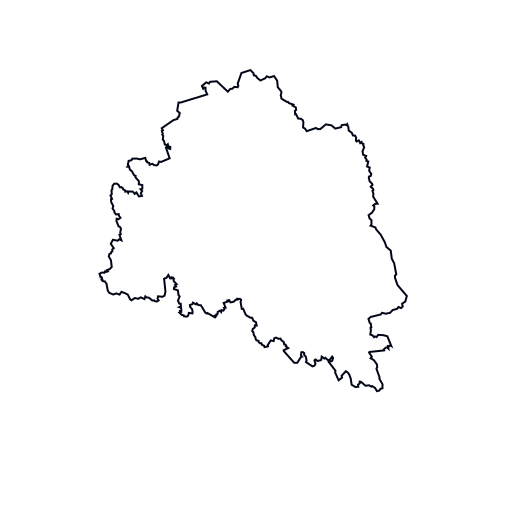 the district of North Burnett, Queensland, Australia, rotated 152°
{"feature_id": "25037944B97560087028013", "entity_name": "North Burnett", "entity_type": "district", "adm_level": 2, "iso_a3": "AUS", "parent_name": "Australia", "parent_adm1": "Queensland", "projection": "equal_earth", "projection_center": [151.493, -25.244], "detail": "fine", "context": "isolated", "style": "outline", "palette": "ink", "viewbox_px": 512, "rotation_deg": 152, "n_neighbors": 0, "source": "geoboundaries", "source_scale": "gbopen_adm2", "svg_char_len": 6146}
<svg xmlns="http://www.w3.org/2000/svg" viewBox="0 0 512 512"><g transform="rotate(152 256 256)"><path d="M118.9,331.3L120.4,329.8L126.2,331.3L128.0,335.9L132.5,339.4L139.6,337.9L141.9,339.0L142.9,340.9L152.6,342.4L152.9,345.4L154.1,347.4L151.4,351.8L150.9,353.9L151.9,356.1L154.2,357.5L154.1,362.6L154.9,362.8L153.5,365.9L152.0,366.1L151.1,368.5L153.1,371.6L151.9,372.1L155.2,375.6L155.4,377.0L156.5,377.7L159.6,382.9L158.7,386.3L156.7,388.5L156.5,389.8L157.5,394.9L155.0,400.9L155.6,406.4L160.2,407.3L162.1,409.6L164.4,408.6L169.7,408.9L171.2,412.4L171.6,415.3L173.1,416.6L172.4,418.6L173.7,422.8L183.0,424.4L191.3,416.7L191.7,414.5L192.9,413.6L195.8,415.5L198.4,414.8L200.3,415.6L203.7,414.3L208.6,428.7L214.9,431.4L216.6,430.4L218.4,432.7L223.9,431.5L224.1,428.5L222.6,429.1L221.6,428.3L222.9,425.7L223.2,421.6L250.6,426.9L252.3,427.9L257.4,421.3L256.2,418.0L258.7,415.2L260.0,415.2L261.0,414.0L265.2,414.7L279.2,413.1L279.2,410.7L280.4,410.7L280.9,407.8L281.8,407.2L281.5,405.6L283.7,402.5L283.2,401.0L284.1,397.3L283.0,395.8L281.4,396.1L282.0,394.1L280.5,392.5L281.5,390.8L282.5,391.7L283.3,394.2L284.6,394.1L286.4,382.8L295.6,383.6L297.2,384.9L299.5,382.9L301.2,382.6L303.2,384.0L304.3,386.1L307.1,386.5L306.6,388.3L308.1,389.8L307.8,390.7L308.4,391.4L307.7,394.6L313.0,395.8L315.8,398.2L319.6,400.0L321.0,399.0L323.8,399.8L326.2,396.9L326.1,395.9L327.5,395.2L326.1,394.5L326.8,391.4L325.8,389.4L325.7,384.6L324.7,383.2L325.5,382.2L324.3,376.9L325.8,374.4L323.1,372.0L324.7,368.9L326.6,369.2L326.0,366.8L328.2,365.5L328.5,362.6L331.4,363.6L331.8,368.3L333.9,367.8L334.6,370.7L338.0,372.7L339.2,371.8L339.2,373.4L341.2,374.2L340.7,375.2L342.0,377.2L341.7,378.2L342.5,380.0L343.9,380.5L344.0,383.5L344.8,385.1L347.2,386.4L349.6,385.4L351.5,382.5L352.7,381.9L354.4,378.2L356.1,377.7L356.3,374.0L357.4,374.2L358.5,371.7L358.6,367.0L360.3,365.4L360.0,362.5L360.5,360.6L360.0,358.3L357.6,357.5L358.1,355.6L357.8,353.3L360.2,353.0L361.5,354.3L362.8,352.5L363.4,346.8L362.4,345.3L362.4,343.5L364.8,340.5L365.3,338.7L366.6,338.9L367.5,333.1L368.9,335.0L370.9,334.4L374.7,337.5L378.5,334.9L377.9,329.7L379.9,329.2L380.7,327.5L382.3,327.3L382.9,326.4L384.5,326.6L386.2,324.7L386.1,320.3L388.5,314.1L391.4,313.1L394.1,313.5L394.0,312.0L395.9,312.3L396.4,313.3L397.8,312.4L399.6,313.7L402.5,313.8L403.2,310.2L402.3,310.0L402.7,307.2L403.5,307.3L403.1,305.8L401.3,304.4L401.1,301.4L403.1,295.1L402.9,292.4L400.1,289.0L397.0,288.6L394.6,286.0L391.6,287.5L388.9,284.4L387.3,282.0L387.5,277.0L386.7,275.3L382.7,275.8L380.1,273.5L377.2,273.6L374.7,270.4L372.7,272.3L372.2,270.9L370.1,269.4L368.4,265.3L366.7,264.6L366.5,263.6L364.8,262.3L362.8,262.5L362.9,264.7L361.4,266.4L357.8,263.9L355.4,263.9L352.7,267.0L347.8,279.1L345.2,278.8L342.3,280.4L342.3,276.5L341.3,276.0L340.5,276.8L339.3,275.6L339.1,274.4L339.8,274.3L340.4,272.3L339.3,268.3L341.1,268.3L340.9,266.6L343.0,266.8L344.0,265.4L341.1,262.3L342.8,257.9L342.4,256.2L345.9,253.1L346.1,250.0L344.9,249.2L345.9,246.8L347.8,246.9L346.5,245.4L347.0,243.9L348.1,242.0L349.0,243.0L349.5,241.9L350.2,242.0L349.1,238.7L347.7,237.6L347.9,236.6L345.7,235.0L344.0,235.1L342.0,237.3L339.2,235.2L338.6,235.6L337.4,238.8L338.0,242.3L337.4,243.7L334.6,243.4L333.5,244.4L331.8,241.5L330.5,242.0L330.0,239.8L327.8,238.4L327.3,229.6L326.4,228.2L325.7,228.5L321.0,221.0L320.2,221.3L320.1,222.5L318.9,222.0L318.5,223.0L317.3,222.8L316.0,224.6L313.5,224.7L313.1,222.9L311.7,224.3L310.4,223.1L308.7,224.0L308.6,225.2L307.1,224.7L306.6,229.7L302.3,229.0L302.2,230.1L300.4,229.7L300.3,227.0L297.1,226.1L294.4,226.9L292.9,226.2L292.6,227.0L290.2,225.5L289.7,224.3L291.2,222.6L293.4,216.0L292.1,215.5L292.6,209.4L292.1,207.6L289.9,204.2L288.4,203.2L288.7,200.1L287.1,197.5L288.1,194.3L289.5,195.3L290.7,193.5L293.1,193.1L294.6,191.4L294.1,190.0L295.0,187.3L294.7,184.3L295.2,183.3L295.2,181.4L293.6,179.9L294.0,178.7L293.5,177.1L292.2,176.5L292.4,174.7L291.0,173.0L291.2,171.5L287.8,170.6L287.3,172.0L282.6,174.5L280.3,172.6L278.5,174.8L276.7,174.6L275.0,172.3L273.1,171.5L273.2,169.8L271.9,167.1L272.6,164.7L271.6,164.0L271.4,162.7L272.1,162.2L270.8,159.6L275.8,159.8L276.1,159.0L272.4,143.8L269.7,142.3L263.6,145.8L262.7,145.5L262.9,147.3L261.2,149.7L259.8,149.2L259.0,147.7L259.9,146.2L259.3,143.4L260.5,139.9L261.7,138.9L257.9,132.0L255.9,131.7L254.1,132.9L253.4,136.4L252.7,136.7L251.9,136.6L251.1,134.5L248.4,133.7L247.2,133.7L245.2,136.3L243.9,133.4L242.6,133.6L241.5,130.6L240.0,129.6L236.0,131.4L235.8,129.8L238.0,127.6L241.5,128.3L239.7,117.4L240.8,116.0L241.4,107.5L237.1,108.2L236.7,110.0L230.8,112.1L229.5,109.6L229.4,107.3L229.9,103.3L232.0,97.4L229.6,93.5L227.1,92.5L226.4,94.4L224.1,94.9L223.4,96.4L222.3,95.5L220.2,90.0L216.9,88.8L215.6,86.6L214.6,86.7L212.8,83.6L212.7,79.9L210.3,79.3L208.3,80.3L206.5,79.8L204.5,83.3L204.7,89.8L203.9,90.7L202.6,99.9L201.2,100.9L200.1,103.5L200.8,108.7L202.8,111.9L201.0,112.6L201.5,117.6L200.9,118.0L187.2,112.5L187.0,113.5L184.3,114.2L183.3,113.9L182.6,112.0L181.7,114.6L180.5,113.8L179.4,114.2L178.8,113.1L177.7,123.4L180.7,126.3L185.2,129.0L187.6,127.8L188.7,129.1L189.9,128.9L190.4,131.3L192.0,133.0L189.6,136.1L188.6,138.8L187.7,138.8L186.4,142.5L187.0,143.5L186.2,147.7L183.2,148.3L173.3,145.8L171.4,146.7L168.5,144.1L164.3,142.9L160.7,144.1L156.1,143.1L154.1,144.1L152.4,141.9L150.2,142.5L149.4,145.3L145.5,145.7L141.6,149.9L144.7,163.8L143.5,171.5L142.5,173.5L140.8,173.9L137.4,184.8L137.4,189.8L134.5,197.5L136.6,202.8L135.8,207.6L135.9,216.3L137.4,222.9L137.2,225.2L140.6,229.0L139.3,229.6L137.2,233.4L138.1,235.8L137.4,239.2L133.3,239.8L129.7,241.7L128.2,244.3L128.8,245.6L126.4,246.1L124.1,245.1L124.7,253.4L123.1,255.8L122.6,258.9L121.5,259.0L121.1,260.3L122.2,263.3L119.8,264.1L119.6,265.5L120.6,268.5L119.7,272.1L118.9,273.1L117.2,272.8L115.7,274.3L116.1,278.1L114.1,280.7L115.9,282.9L112.5,286.7L113.9,288.2L113.1,289.2L113.5,291.6L111.8,292.6L113.9,295.1L112.8,298.4L109.4,301.3L109.3,303.5L108.5,304.4L109.5,305.7L109.3,307.1L111.0,306.8L110.9,309.8L113.5,310.0L113.6,311.0L112.0,313.5L112.0,315.8L113.8,316.9L113.6,319.9L115.2,323.2L113.9,326.6L113.6,329.7L114.9,329.2L115.6,330.2L118.9,331.3Z" fill="none" stroke="#020617" stroke-width="2"/></g></svg>